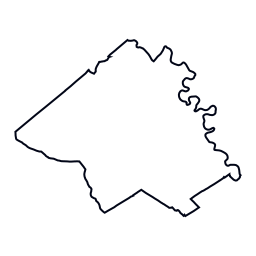 the district of Zvoristea, Suceava, Romania
{"feature_id": "2599482B58629353331319", "entity_name": "Zvoristea", "entity_type": "district", "adm_level": 2, "iso_a3": "ROU", "parent_name": "Romania", "parent_adm1": "Suceava", "projection": "robinson", "projection_center": [26.291, 47.82], "detail": "fine", "context": "isolated", "style": "outline", "palette": "ink", "viewbox_px": 256, "rotation_deg": 0, "n_neighbors": 0, "source": "geoboundaries", "source_scale": "gbopen_adm2", "svg_char_len": 5846}
<svg xmlns="http://www.w3.org/2000/svg" viewBox="0 0 256 256"><path d="M240.6,175.2L239.9,174.4L239.7,174.1L239.6,173.7L239.2,170.0L238.8,168.4L238.5,167.4L238.0,166.6L237.5,166.1L236.2,165.2L235.8,165.1L235.0,164.9L233.8,164.8L230.5,164.8L230.1,164.9L228.7,165.6L228.0,165.8L227.0,165.5L226.3,165.0L226.1,164.7L225.6,164.0L225.3,163.0L225.1,161.6L225.2,161.2L227.4,159.0L227.6,158.5L227.7,157.5L227.6,156.6L227.3,155.5L226.6,154.4L225.7,153.5L224.5,152.7L222.5,151.6L220.8,150.8L219.1,150.4L215.0,150.0L214.5,149.8L214.3,149.3L214.3,148.9L214.9,146.5L215.1,145.5L215.1,144.8L214.7,144.0L214.3,143.6L212.9,142.8L212.0,142.5L209.9,142.2L209.3,142.0L206.2,137.6L205.6,136.5L205.4,135.7L205.4,135.0L205.5,134.4L206.0,133.8L206.8,133.2L207.8,132.7L210.5,132.1L211.8,131.6L212.8,131.1L213.4,130.6L213.9,130.0L214.1,129.5L214.3,128.8L214.2,128.5L213.9,128.2L213.5,127.9L213.1,127.9L212.2,128.2L210.4,129.2L209.7,129.5L208.8,129.7L207.9,129.7L206.6,129.3L205.5,128.7L205.0,128.2L204.3,127.1L204.0,126.4L203.7,124.9L203.6,124.1L203.7,123.2L203.9,122.7L204.2,121.9L204.4,120.9L204.3,120.2L203.4,117.5L203.3,116.5L203.4,115.8L203.8,115.3L204.7,114.7L205.6,114.3L206.2,114.2L207.8,114.2L209.9,114.9L211.7,115.1L212.4,115.1L213.3,114.9L214.4,114.3L215.0,113.7L215.5,112.8L215.6,111.5L215.5,111.0L215.7,110.6L215.9,109.1L215.7,107.9L215.3,107.2L214.6,106.4L213.8,105.9L213.3,105.8L212.5,105.8L210.8,106.7L210.3,107.2L209.5,108.2L208.5,109.1L207.6,109.7L206.9,110.0L206.0,110.1L204.8,110.1L203.9,109.8L201.6,108.8L200.3,108.7L199.3,109.1L197.7,110.4L196.7,111.0L196.0,111.3L195.2,111.3L194.7,111.0L194.6,110.6L194.5,110.3L195.3,109.3L196.0,107.9L196.2,107.1L196.3,105.5L196.4,105.2L196.8,104.5L197.5,103.8L198.8,101.9L199.1,101.3L199.2,100.8L199.3,100.3L199.2,99.6L199.0,99.0L198.4,98.2L197.3,97.2L196.2,96.5L195.5,96.4L191.3,96.7L190.3,97.0L189.7,97.3L189.3,97.7L189.0,98.3L188.9,98.9L188.9,99.8L189.2,100.7L190.0,102.2L190.2,102.6L190.2,103.1L189.9,103.8L189.6,104.0L188.8,104.5L187.6,104.9L187.0,104.8L186.7,104.4L186.5,103.7L186.6,102.6L186.4,102.4L186.1,102.0L185.3,101.6L183.4,101.3L182.4,101.0L180.9,99.9L180.2,99.2L180.0,98.8L179.5,97.9L179.2,97.1L179.0,96.1L178.9,94.7L179.1,93.7L179.4,92.8L179.9,92.0L180.5,91.2L181.5,90.6L182.2,90.4L183.2,90.6L185.1,91.3L185.6,91.3L186.3,91.3L187.2,90.9L188.1,90.4L188.5,89.8L188.9,89.0L188.8,88.6L188.6,88.4L188.1,87.9L187.4,87.6L185.0,86.9L184.2,86.4L183.6,85.7L183.0,84.4L182.8,83.1L182.8,82.6L182.9,81.5L183.3,80.8L185.0,78.8L185.8,78.3L186.4,78.1L187.4,78.2L188.4,78.5L189.5,79.0L190.2,79.3L191.7,79.2L192.7,78.8L193.6,78.2L193.8,78.0L194.6,76.0L195.3,75.1L195.3,74.0L195.1,73.7L194.3,72.9L193.4,72.2L192.8,71.9L190.4,71.0L189.9,70.8L189.3,70.3L189.0,69.8L186.2,64.8L185.3,63.6L184.2,62.7L183.7,62.5L183.0,62.6L182.5,63.0L181.2,64.3L180.1,64.8L178.7,65.2L177.0,64.8L174.5,63.9L173.1,63.2L171.7,62.4L171.1,61.6L170.8,60.8L170.7,60.1L170.7,59.3L170.9,58.2L171.3,56.0L171.9,53.6L171.9,53.0L171.7,52.0L170.8,50.1L170.3,49.4L169.0,48.5L167.1,47.7L166.2,46.6L165.8,46.3L165.3,46.3L165.0,46.4L164.4,46.9L162.9,50.4L160.8,53.7L160.0,54.5L157.6,56.6L155.3,59.5L153.7,61.3L152.5,60.5L151.8,59.8L149.7,56.0L148.4,54.1L144.6,49.9L143.1,48.5L142.9,48.4L142.5,48.4L141.8,47.9L139.7,47.2L138.2,47.5L137.2,47.2L136.7,46.9L136.5,45.6L136.5,45.0L136.6,44.8L137.2,43.9L137.3,43.2L137.2,42.7L136.7,41.9L135.8,41.0L134.7,40.4L134.1,40.2L133.5,40.3L132.9,40.5L132.4,40.6L131.0,40.8L130.8,40.8L128.5,40.7L128.0,40.4L127.5,40.0L116.6,49.2L115.9,49.9L110.2,54.5L108.4,56.4L109.0,56.8L109.5,56.9L108.9,57.1L107.3,59.8L106.4,60.3L105.5,60.5L104.8,61.1L104.4,61.2L103.0,61.3L102.4,61.5L101.2,61.6L100.7,61.9L99.3,61.9L99.1,62.0L99.0,62.5L96.7,66.5L95.9,68.4L95.7,69.2L95.7,71.6L94.9,72.5L94.0,73.7L91.2,72.5L89.7,71.5L88.7,69.9L87.7,70.7L87.7,71.1L86.4,72.4L85.7,73.3L75.8,81.6L70.5,86.3L65.2,90.6L65.2,90.8L45.7,106.8L36.3,114.4L15.4,131.8L15.5,132.8L15.6,135.7L15.9,137.4L16.1,138.7L16.6,139.5L18.4,140.6L22.1,142.5L22.3,142.6L22.5,143.0L23.2,143.6L25.8,145.2L27.3,146.6L27.9,147.1L29.1,147.8L30.2,148.3L33.7,149.5L36.5,150.7L37.9,151.1L39.3,151.5L41.3,151.6L45.2,155.0L45.9,155.9L47.0,156.7L48.1,157.2L48.4,157.6L48.5,157.8L50.4,158.3L53.7,158.7L57.7,160.4L59.3,160.6L61.0,161.1L61.8,161.2L67.4,161.4L69.5,161.6L71.1,161.6L74.7,161.4L78.0,161.3L79.1,161.6L79.4,161.5L83.7,166.9L84.7,168.4L85.4,169.3L85.0,171.1L84.7,171.9L84.6,172.5L84.4,173.4L84.3,174.7L84.6,176.8L85.0,177.7L85.2,178.5L85.8,179.6L86.2,180.1L87.4,182.3L87.7,183.6L88.1,184.6L89.5,187.0L90.2,187.3L90.8,187.9L91.4,188.8L91.5,189.3L91.3,190.1L91.3,191.0L90.7,193.2L90.7,194.5L90.8,195.1L91.0,195.7L91.6,196.8L93.8,198.1L95.4,198.7L95.7,199.1L96.2,200.9L98.0,202.5L98.9,203.9L99.5,205.3L100.1,208.2L100.6,209.1L102.4,210.9L103.9,212.2L104.7,212.7L108.4,210.5L114.3,207.2L116.6,205.5L121.7,202.4L129.0,198.0L131.1,196.5L131.6,196.4L132.6,196.0L132.8,195.7L133.3,195.6L133.2,195.2L136.0,193.3L136.3,193.2L137.9,192.0L139.6,190.9L141.3,189.8L145.9,193.0L152.7,197.1L154.8,198.5L158.1,200.5L161.1,202.6L162.2,203.2L162.7,203.6L164.2,204.4L165.8,205.5L167.9,206.8L169.2,207.8L171.6,207.7L172.1,207.3L172.7,207.8L174.6,210.0L175.2,210.5L176.1,210.4L176.7,210.7L177.0,210.4L177.4,210.4L177.6,210.1L178.2,210.2L179.4,211.3L180.6,213.2L181.3,213.6L181.7,214.1L182.2,214.3L183.1,215.4L183.7,215.9L183.9,215.7L184.5,214.8L185.4,216.0L193.6,211.1L199.0,207.4L195.9,204.3L193.3,201.5L192.9,201.2L190.7,199.0L192.4,197.7L194.7,196.0L197.5,194.2L200.0,192.5L202.2,191.1L202.9,190.9L204.8,189.9L205.4,189.4L207.5,188.3L210.2,186.5L214.2,184.1L219.6,180.6L219.7,180.4L220.1,180.3L223.3,178.1L223.6,177.5L224.0,177.0L224.6,177.6L229.4,174.2L229.4,175.0L229.8,175.3L230.0,175.7L230.0,176.3L230.3,176.6L233.2,179.3L234.0,179.9L235.4,180.5L236.2,180.5L237.0,180.3L237.9,179.4L239.2,178.4L239.7,177.3L240.0,177.0L239.9,176.2L240.6,175.2Z" fill="none" stroke="#020617" stroke-width="2"/></svg>